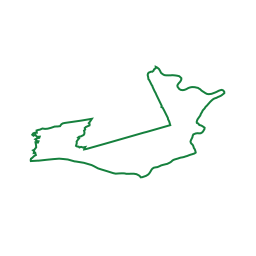 outline of Foz do Iguaçu, Paraná, Brazil, rotated 254°
{"feature_id": "56859067B63290422041156", "entity_name": "Foz do Iguaçu", "entity_type": "district", "adm_level": 2, "iso_a3": "BRA", "parent_name": "Brazil", "parent_adm1": "Paraná", "projection": "equal_earth", "projection_center": [-54.465, -25.455], "detail": "fine", "context": "isolated", "style": "outline", "palette": "green", "viewbox_px": 256, "rotation_deg": 254, "n_neighbors": 0, "source": "geoboundaries", "source_scale": "gbopen_adm2", "svg_char_len": 3593}
<svg xmlns="http://www.w3.org/2000/svg" viewBox="0 0 256 256"><g transform="rotate(254 128 128)"><path d="M149.0,35.5L147.9,34.1L146.6,35.0L147.1,37.1L145.8,37.5L144.5,38.3L144.0,40.7L143.0,40.0L143.2,38.1L142.7,35.8L141.8,36.5L140.9,36.2L139.9,38.3L138.8,37.4L139.6,35.1L137.1,34.9L134.7,34.4L132.9,31.9L132.7,30.6L131.5,31.4L129.9,30.5L129.7,32.0L128.5,31.9L127.4,32.0L127.0,30.2L125.7,27.7L125.2,26.3L124.0,25.6L123.0,25.5L121.7,31.3L121.2,33.3L119.8,41.5L118.7,47.5L117.5,53.4L116.0,57.3L114.3,61.5L110.6,67.5L110.2,68.6L106.7,76.0L102.4,82.8L100.8,84.6L97.4,88.1L95.4,91.1L92.3,95.9L88.6,101.5L87.5,103.6L86.9,106.4L86.5,108.1L86.0,110.1L85.6,111.3L85.2,112.4L84.5,113.6L84.1,114.9L83.7,116.2L83.4,117.5L83.0,119.1L82.4,121.1L81.8,122.3L81.3,123.4L80.3,124.5L79.1,125.7L78.1,126.3L77.1,126.6L76.8,128.1L76.9,130.1L77.0,132.0L77.6,134.3L78.4,135.8L79.4,137.0L80.6,138.3L81.5,139.2L82.2,140.3L82.7,141.8L82.6,143.5L82.3,145.5L82.6,147.9L82.9,149.5L82.9,151.6L82.8,154.0L82.7,155.9L83.0,157.5L83.3,159.1L83.8,160.5L84.4,161.6L84.8,162.9L84.9,164.4L84.9,165.8L84.9,167.7L85.0,169.1L85.0,170.6L84.8,172.1L84.7,173.7L84.8,175.4L84.8,177.3L85.0,179.1L85.1,180.6L85.1,182.5L85.2,184.9L85.7,186.3L86.8,186.4L88.0,186.4L89.2,186.3L90.5,185.8L92.1,185.8L93.3,185.7L94.5,185.3L95.3,184.7L96.5,184.3L97.9,184.4L99.1,185.3L100.3,186.4L101.4,187.4L102.6,188.0L103.8,189.0L104.1,191.5L103.8,193.6L103.3,194.7L102.9,196.4L103.4,198.3L104.2,199.4L105.9,201.2L107.2,201.7L108.2,200.9L109.4,199.9L110.4,198.8L111.2,197.4L112.9,196.8L113.9,195.6L114.9,195.7L116.2,196.5L117.1,197.2L118.0,198.3L119.2,199.8L120.1,201.0L121.0,201.5L122.2,202.7L123.1,203.7L124.2,204.6L124.8,205.5L125.6,206.9L127.0,208.5L127.8,210.1L128.7,211.4L129.3,212.4L130.3,213.9L131.1,215.4L131.6,216.4L132.1,217.5L132.5,218.9L132.6,220.2L132.6,221.4L132.9,222.5L133.1,224.1L133.3,225.6L133.6,226.9L134.1,228.1L134.5,229.2L135.0,230.2L136.3,230.5L137.8,229.9L138.8,228.7L138.9,227.4L138.8,225.5L138.3,223.1L138.1,221.6L137.9,219.0L137.8,217.8L138.0,216.5L138.3,214.8L139.0,213.3L140.2,212.0L141.4,211.0L142.5,210.0L143.8,208.9L145.3,208.1L146.1,207.3L147.3,206.3L148.0,204.9L148.8,203.5L149.5,201.5L149.8,200.2L149.9,198.5L149.8,197.0L149.5,195.8L149.2,194.3L149.1,192.5L149.3,191.0L150.2,189.1L151.4,188.0L152.7,187.5L154.0,187.0L155.3,187.2L156.2,188.0L157.3,189.5L157.9,190.6L159.0,191.9L160.1,192.7L161.2,193.0L162.1,192.5L163.6,191.6L164.5,190.1L165.3,188.4L166.0,186.7L166.6,185.0L166.9,183.3L167.5,181.2L168.1,179.2L168.8,177.6L169.6,176.7L170.7,175.8L172.0,174.9L173.5,174.7L176.0,174.1L177.0,173.5L178.3,172.5L179.2,171.5L177.9,171.2L177.1,169.1L176.1,168.4L175.4,166.9L175.8,165.7L175.5,163.2L174.9,162.3L173.5,161.5L171.3,161.4L169.3,161.1L168.2,161.6L162.8,162.6L161.8,163.0L160.5,163.0L156.7,163.6L155.5,163.8L154.5,164.1L151.6,164.5L140.1,166.5L138.9,165.9L138.1,166.9L134.2,167.7L126.6,169.1L125.5,168.9L122.9,169.4L119.1,169.4L119.1,150.3L119.1,144.8L119.2,142.0L119.2,139.2L119.2,133.3L119.2,128.5L119.2,115.7L119.2,109.9L119.2,103.9L119.3,82.6L119.5,80.0L120.7,80.7L121.5,81.6L121.7,79.3L122.8,77.7L122.7,75.9L123.7,75.4L124.2,74.0L125.2,73.1L127.6,74.6L129.2,74.9L130.5,76.6L131.5,78.1L132.5,77.3L133.1,78.7L132.9,80.3L133.5,83.4L134.4,84.4L136.0,85.0L137.6,85.0L138.3,86.4L139.9,86.4L140.6,87.9L141.1,91.7L142.3,92.2L143.5,91.6L144.4,93.0L146.8,95.8L148.0,85.1L150.0,70.6L150.3,68.4L150.4,66.6L150.0,65.1L149.3,64.1L148.5,63.2L148.9,60.7L149.6,58.0L149.4,53.9L149.5,50.5L150.0,48.0L151.1,45.6L150.7,42.7L150.9,41.2L150.8,39.4L148.6,39.0L149.1,37.3L149.0,35.5Z" fill="none" stroke="#15803d" stroke-width="2"/></g></svg>